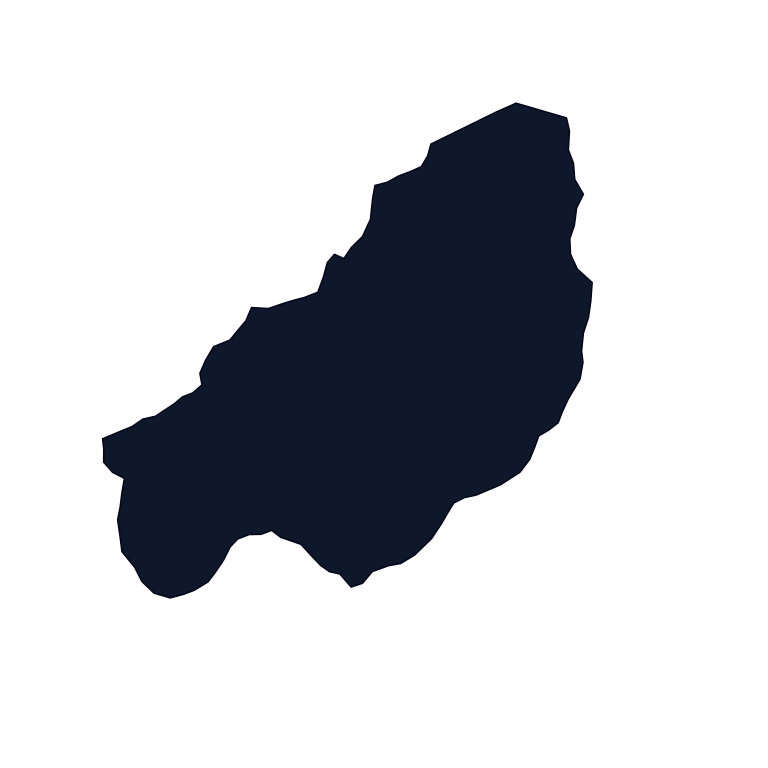 outline of Alagoa Nova, Paraíba, Brazil, rotated 319°
{"feature_id": "56859067B38668562827759", "entity_name": "Alagoa Nova", "entity_type": "district", "adm_level": 2, "iso_a3": "BRA", "parent_name": "Brazil", "parent_adm1": "Paraíba", "projection": "albers", "projection_center": [-35.775, -7.065], "detail": "fine", "context": "isolated", "style": "filled", "palette": "ink", "viewbox_px": 768, "rotation_deg": 319, "n_neighbors": 0, "source": "geoboundaries", "source_scale": "gbopen_adm2", "svg_char_len": 1483}
<svg xmlns="http://www.w3.org/2000/svg" viewBox="0 0 768 768"><g transform="rotate(319 384 384)"><path d="M667.9,258.7L647.7,252.5L576.9,233.7L566.5,240.5L554.8,244.4L543.7,241.1L531.3,236.5L518.9,233.9L507.4,228.2L496.8,236.8L481.8,250.8L464.4,258.6L449.0,259.5L436.0,263.0L431.7,253.6L421.0,255.1L408.6,263.4L394.3,271.3L380.8,266.5L371.5,261.9L361.3,257.3L346.3,251.2L334.2,239.4L321.1,245.7L310.7,247.3L296.6,249.7L279.9,244.0L264.9,249.0L252.1,255.1L246.0,265.2L233.8,265.2L223.6,261.5L212.6,261.3L200.8,259.7L190.4,258.4L179.1,252.3L165.9,250.8L152.4,246.2L135.7,240.7L129.6,249.5L121.1,259.1L121.2,272.7L126.1,284.9L115.1,293.9L104.4,303.5L93.8,311.8L85.5,324.7L76.2,338.7L75.6,358.6L71.7,374.2L73.2,391.0L82.3,405.2L95.1,411.4L105.1,415.1L121.2,417.9L132.2,415.7L147.0,411.8L160.9,406.1L172.0,405.0L183.5,409.2L192.6,416.8L203.2,420.8L205.4,431.9L216.1,450.5L216.5,465.2L217.1,479.2L219.7,489.9L226.0,498.4L226.0,515.7L237.1,520.3L252.1,517.9L268.4,524.2L278.8,530.4L295.1,533.2L318.5,531.9L335.9,527.1L347.4,523.1L358.5,519.6L370.2,522.5L380.4,528.2L390.4,531.5L405.8,536.5L428.8,539.8L444.5,536.5L456.6,530.4L466.8,524.7L478.3,526.9L490.0,527.5L500.7,521.8L513.5,516.1L524.8,512.4L535.2,508.9L548.4,498.2L554.7,488.8L568.0,476.3L581.9,468.0L594.3,457.3L607.7,444.0L605.3,424.1L609.9,408.5L619.5,396.3L631.6,389.3L644.9,377.5L659.0,371.6L662.2,354.7L671.8,341.8L676.8,328.2L690.0,314.7L696.3,302.9L667.9,258.7Z" fill="#0f172a" stroke="#020617" stroke-width="1.5"/></g></svg>